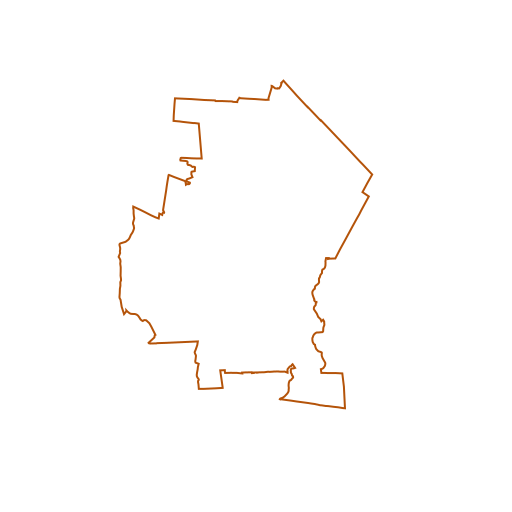 Vidra, Ilfov, Romania, rotated 56°
{"feature_id": "2599482B96476332132739", "entity_name": "Vidra", "entity_type": "district", "adm_level": 2, "iso_a3": "ROU", "parent_name": "Romania", "parent_adm1": "Ilfov", "projection": "robinson", "projection_center": [26.154, 44.284], "detail": "fine", "context": "isolated", "style": "outline", "palette": "amber", "viewbox_px": 512, "rotation_deg": 56, "n_neighbors": 0, "source": "geoboundaries", "source_scale": "gbopen_adm2", "svg_char_len": 6099}
<svg xmlns="http://www.w3.org/2000/svg" viewBox="0 0 512 512"><g transform="rotate(56 256 256)"><path d="M179.9,370.4L181.2,370.4L183.1,370.6L184.5,371.2L186.5,372.9L189.6,374.4L193.1,376.8L196.6,379.3L199.6,380.8L200.7,381.5L201.8,383.1L204.9,385.1L207.1,387.2L210.7,389.8L213.6,392.1L214.6,392.6L216.6,392.8L218.1,393.5L223.1,395.8L230.4,397.9L229.3,394.3L228.6,393.9L230.0,393.7L230.4,393.6L231.8,393.1L232.5,392.9L233.5,392.4L234.0,392.0L234.9,390.9L235.9,389.5L236.3,388.9L237.3,388.1L237.9,387.7L238.7,387.4L239.3,387.2L240.1,387.1L242.2,387.1L244.0,387.2L245.5,386.8L246.1,386.5L246.6,386.2L246.5,385.4L246.6,384.7L246.9,384.1L247.9,383.0L252.1,382.0L255.9,382.3L265.1,383.5L265.0,384.0L265.5,384.7L266.7,385.8L267.9,393.6L268.4,393.6L269.4,392.7L270.1,391.5L272.2,388.3L272.7,387.5L272.9,386.8L277.8,379.0L294.3,352.0L297.0,354.5L299.8,358.2L301.4,360.6L301.8,360.8L302.8,361.1L304.3,361.3L305.2,361.6L307.9,363.9L309.1,365.1L310.1,365.6L310.7,365.7L312.7,364.2L313.3,363.8L315.6,366.3L317.3,367.7L319.5,369.9L321.4,371.6L322.7,372.3L324.1,372.5L325.6,372.4L326.3,372.5L326.8,372.9L327.2,373.9L328.2,374.6L330.3,375.5L334.2,377.7L337.0,373.5L342.8,364.0L346.7,357.4L346.2,357.1L345.0,356.5L330.8,349.6L333.2,345.7L334.5,346.5L335.7,347.0L338.5,342.6L342.2,337.2L345.7,333.1L344.9,332.7L347.0,329.2L348.0,327.7L350.0,324.6L350.8,324.9L351.7,323.3L351.3,323.1L353.0,320.4L353.2,320.5L353.7,319.7L354.0,318.8L357.2,313.8L357.7,312.7L358.7,310.7L359.6,309.6L360.1,308.8L361.6,306.2L361.7,305.9L362.2,305.1L362.7,304.4L363.5,303.1L364.3,301.9L364.7,301.6L366.8,298.6L367.9,296.8L368.1,296.7L370.4,295.1L369.6,294.5L368.3,293.9L367.4,292.9L366.5,289.8L366.9,288.4L366.3,287.1L366.2,286.2L370.6,286.2L370.2,287.7L369.6,288.7L369.3,289.2L369.3,290.1L370.3,291.2L371.0,291.5L372.2,292.3L373.5,292.3L375.3,292.9L376.4,292.6L377.0,292.9L377.5,293.2L377.7,293.8L377.8,294.6L378.3,296.0L378.4,296.5L378.2,297.4L378.3,298.0L378.7,298.7L379.5,299.7L380.4,300.5L381.3,301.2L381.9,301.6L383.8,302.6L384.6,303.3L386.1,304.4L386.8,305.3L387.5,306.9L388.2,310.0L388.4,311.0L388.4,311.6L388.4,312.5L388.4,313.4L388.1,314.3L387.9,315.0L387.8,315.7L387.9,316.1L388.0,316.3L388.6,316.0L388.7,315.7L388.9,315.3L389.2,314.9L395.7,307.6L399.3,303.7L407.2,294.8L409.2,292.7L411.7,289.9L412.6,289.1L413.1,288.6L413.7,288.0L415.6,286.3L416.6,285.0L419.3,282.1L420.7,280.2L424.5,275.9L426.6,273.4L426.9,273.0L428.0,271.8L430.6,269.1L432.0,267.4L413.5,256.2L401.6,250.1L397.3,255.8L393.6,261.4L391.3,264.5L389.5,267.2L386.1,265.5L386.5,264.4L386.6,262.9L385.7,260.5L384.9,259.5L384.0,258.7L383.1,258.3L377.8,257.9L375.5,257.3L373.9,256.3L373.3,255.7L372.8,255.5L371.9,255.9L369.8,257.6L366.9,258.1L365.3,257.8L363.7,257.3L362.6,256.7L361.3,257.3L361.0,257.3L360.4,257.2L359.2,257.1L358.8,257.0L357.1,256.2L355.9,255.4L355.6,255.2L355.0,254.2L354.2,253.2L353.5,251.8L353.2,249.8L353.3,248.6L354.6,246.5L356.3,243.4L355.9,242.4L353.4,240.5L352.8,239.9L352.6,239.6L351.4,237.9L349.2,236.6L348.4,236.3L348.3,236.1L346.4,236.0L346.7,238.3L344.3,237.8L343.6,238.0L342.8,238.2L342.4,238.2L341.4,238.5L339.3,238.1L337.8,237.8L332.6,237.8L332.3,237.7L331.4,237.0L330.5,235.9L330.4,235.1L330.0,233.9L327.9,232.3L328.0,232.1L328.2,231.8L327.9,231.6L327.7,232.0L326.1,232.6L325.0,232.4L324.9,232.2L324.5,231.8L323.9,231.8L320.0,230.8L318.9,230.4L317.7,229.7L317.0,229.0L316.6,228.2L316.3,227.3L316.0,226.8L316.0,226.5L316.1,225.7L315.7,225.2L315.1,224.8L314.7,224.5L314.2,223.7L314.0,223.2L313.9,221.1L313.8,220.1L313.5,219.1L313.2,218.7L312.9,218.3L310.9,217.1L309.8,216.3L309.6,215.9L309.6,215.5L309.3,215.0L308.8,214.4L308.2,213.8L307.9,213.4L307.5,212.3L307.0,210.8L305.8,210.0L304.8,209.1L304.4,208.5L304.6,207.2L304.5,206.3L304.0,205.2L302.8,203.8L300.3,202.0L299.2,201.4L296.9,199.1L298.2,197.1L298.5,197.5L298.8,197.8L299.4,196.4L302.4,191.6L297.4,182.5L292.2,172.4L285.3,159.2L281.0,150.8L279.3,147.3L277.0,143.2L269.7,129.2L262.6,132.0L257.8,122.9L253.4,114.1L239.8,116.3L236.1,117.0L229.1,118.1L221.5,119.3L179.7,126.3L179.8,126.7L161.3,129.8L161.4,130.0L145.8,132.5L139.0,133.4L130.0,134.7L126.0,135.2L126.6,138.2L127.0,138.1L127.3,138.7L127.9,139.2L129.0,140.6L130.0,143.1L129.1,144.1L129.3,144.5L127.7,146.4L125.1,147.2L123.9,147.7L123.7,147.9L125.0,148.7L125.7,149.5L132.0,157.2L132.6,157.7L133.5,158.2L132.0,160.6L125.6,168.7L121.2,174.6L116.4,180.8L115.7,181.1L115.5,181.3L115.7,181.6L116.5,183.7L117.2,184.9L117.9,185.5L115.3,188.9L114.6,189.3L113.5,190.7L112.9,191.6L108.2,198.0L104.9,202.9L104.7,203.0L104.2,202.9L104.0,203.1L97.7,211.7L89.8,221.8L80.0,235.0L84.1,238.3L93.1,245.3L97.9,248.8L101.9,243.9L103.8,241.8L110.7,233.7L111.4,232.6L112.1,231.8L114.2,229.4L144.8,246.5L142.5,249.9L139.2,254.5L135.8,258.9L132.9,262.9L132.7,263.6L133.9,265.0L134.6,265.2L135.9,263.6L136.9,262.4L137.4,261.7L138.8,260.3L139.1,260.2L139.6,260.1L140.5,260.6L141.1,261.3L141.6,261.4L142.3,261.5L142.8,261.1L143.4,260.3L144.7,259.4L145.4,259.3L146.6,258.9L146.8,258.6L147.1,257.8L147.6,257.3L148.3,256.9L151.4,259.3L150.2,262.0L150.2,262.4L150.4,262.7L152.1,263.9L155.1,264.6L154.5,267.7L154.2,268.8L153.9,269.5L153.8,270.3L153.9,270.7L154.8,271.5L155.5,271.8L156.2,271.2L158.2,269.8L158.6,270.0L158.9,270.6L159.0,271.2L158.8,271.7L158.2,272.4L157.9,272.9L157.8,273.6L157.7,273.7L157.7,274.2L156.5,273.6L154.4,272.8L144.6,279.8L140.0,282.9L140.0,283.1L140.2,283.4L144.9,287.9L147.8,290.6L151.6,294.0L166.0,307.4L168.4,307.7L168.7,308.1L167.9,308.6L168.1,309.1L168.4,309.7L169.5,310.8L166.8,312.4L170.5,315.7L168.0,317.5L167.9,317.6L163.3,320.4L157.8,323.4L152.3,326.5L152.2,326.6L146.4,330.1L147.2,330.7L147.4,330.8L147.1,330.8L149.8,332.0L152.3,333.7L154.8,335.0L155.7,335.4L156.7,335.9L157.2,336.4L159.4,339.1L160.1,339.7L160.7,340.0L161.3,340.2L162.8,340.5L163.5,341.0L164.2,341.2L164.7,341.5L165.2,342.0L166.6,343.9L167.4,345.2L168.6,348.1L169.8,349.9L170.2,350.6L170.9,352.0L171.1,353.1L171.3,356.2L169.9,360.8L169.7,361.6L169.7,362.0L169.9,362.5L170.2,362.8L170.7,363.1L172.9,363.9L174.2,364.6L175.3,365.6L176.0,366.2L176.7,366.6L177.2,366.8L177.6,367.0L179.9,370.4Z" fill="none" stroke="#b45309" stroke-width="2"/></g></svg>